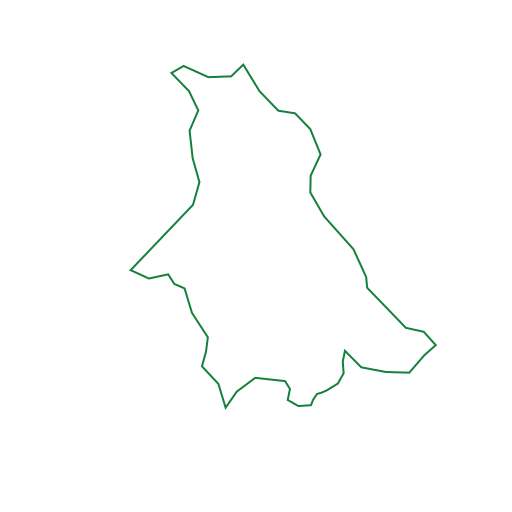 the District of Alebtong, rotated 46°
{"feature_id": "UGA-5606", "entity_name": "Alebtong", "entity_type": "District", "adm_level": 1, "iso_a3": "UGA", "parent_name": "Uganda", "parent_adm1": "", "projection": "mercator", "projection_center": [33.268, 2.239], "detail": "fine", "context": "isolated", "style": "outline", "palette": "green", "viewbox_px": 512, "rotation_deg": 46, "n_neighbors": 0, "source": "natural_earth", "source_scale": "10m", "svg_char_len": 833}
<svg xmlns="http://www.w3.org/2000/svg" viewBox="0 0 512 512"><g transform="rotate(46 256 256)"><path d="M344.0,383.2L321.9,371.9L297.8,371.5L290.1,358.4L281.0,347.1L252.5,341.6L229.7,329.9L219.3,334.2L208.2,331.9L197.8,348.7L179.1,356.0L175.4,265.7L163.6,245.4L141.6,233.6L119.7,216.7L111.2,196.4L91.0,189.7L65.6,189.7L69.0,176.1L94.3,166.0L109.5,149.1L109.5,132.2L139.9,139.0L167.0,139.0L180.5,128.8L202.4,128.8L227.8,139.0L236.2,160.9L248.0,172.8L275.0,179.5L318.9,181.2L347.7,191.4L356.1,198.1L411.8,198.1L427.0,188.0L445.0,188.6L444.3,203.7L446.4,226.8L429.6,243.2L409.2,257.6L386.0,257.9L392.2,266.9L401.2,274.4L404.6,285.7L401.8,298.5L400.0,303.4L397.6,308.1L399.1,314.8L401.5,320.1L393.3,329.8L381.6,333.2L375.2,323.9L366.2,322.0L343.1,341.2L340.2,364.1L344.0,383.2Z" fill="none" stroke="#15803d" stroke-width="2"/></g></svg>